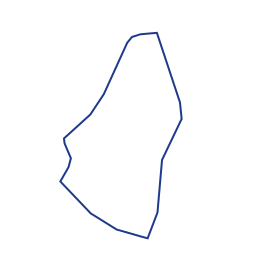 map outline of Diego Martin (Natural Earth projection), rotated 110°
{"feature_id": "TTO-51", "entity_name": "Diego Martin", "entity_type": "Region", "adm_level": 1, "iso_a3": "TTO", "parent_name": "Trinidad and Tobago", "parent_adm1": "", "projection": "natural_earth1", "projection_center": [-61.564, 10.711], "detail": "fine", "context": "isolated", "style": "outline", "palette": "blue", "viewbox_px": 256, "rotation_deg": 110, "n_neighbors": 0, "source": "natural_earth", "source_scale": "10m", "svg_char_len": 395}
<svg xmlns="http://www.w3.org/2000/svg" viewBox="0 0 256 256"><g transform="rotate(110 128 128)"><path d="M159.7,184.6L128.2,168.0L104.5,162.3L48.2,157.9L41.1,155.4L35.7,148.4L28.7,133.4L86.2,87.9L101.1,80.7L146.4,85.1L197.3,71.4L224.9,71.8L225.4,77.1L227.3,104.0L221.0,133.8L201.4,173.3L185.1,170.5L176.0,171.3L164.2,182.3L159.7,184.6Z" fill="none" stroke="#1e3a8a" stroke-width="2"/></g></svg>